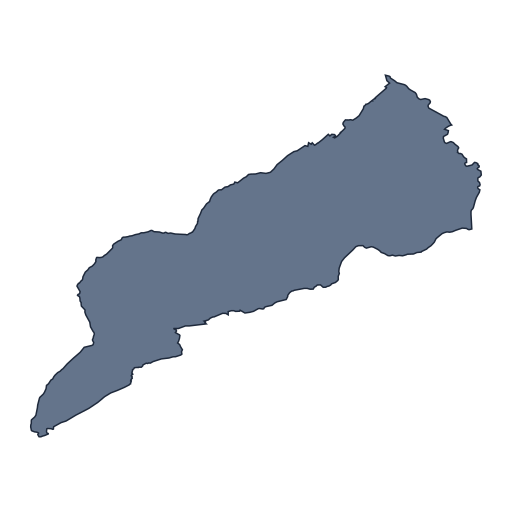 outline of Lazuri De Beius, Bihor, Romania
{"feature_id": "2599482B33228708697979", "entity_name": "Lazuri De Beius", "entity_type": "district", "adm_level": 2, "iso_a3": "ROU", "parent_name": "Romania", "parent_adm1": "Bihor", "projection": "natural_earth1", "projection_center": [22.328, 46.561], "detail": "fine", "context": "isolated", "style": "filled", "palette": "slate", "viewbox_px": 512, "rotation_deg": 0, "n_neighbors": 0, "source": "geoboundaries", "source_scale": "gbopen_adm2", "svg_char_len": 5998}
<svg xmlns="http://www.w3.org/2000/svg" viewBox="0 0 512 512"><path d="M53.7,426.7L61.1,422.6L66.1,421.0L75.9,415.1L88.8,408.4L97.9,402.3L104.7,396.6L110.8,392.9L117.4,390.4L124.5,387.3L129.3,384.8L129.9,384.1L130.6,383.8L130.5,383.3L131.2,381.6L130.6,381.0L130.7,380.6L131.2,380.4L131.3,380.2L131.0,379.8L131.2,379.3L132.2,378.4L131.9,377.7L132.2,377.2L132.1,376.6L131.3,375.9L131.6,375.7L131.9,374.8L132.4,374.5L131.9,374.2L131.9,373.9L132.5,373.7L131.9,372.6L132.2,371.9L132.2,371.3L132.6,370.7L132.5,369.8L133.8,368.8L134.4,367.7L137.4,367.4L138.1,367.6L138.6,367.2L141.4,367.2L142.7,365.9L143.0,364.9L146.2,363.2L147.6,363.5L148.5,363.0L150.4,363.1L153.0,361.6L161.4,358.9L169.0,358.0L173.0,356.8L175.6,356.7L180.8,355.0L181.9,354.1L181.5,351.8L182.4,349.7L180.6,346.8L179.6,344.5L177.6,343.0L178.6,341.2L179.5,338.2L179.9,335.4L179.4,334.8L175.4,332.6L176.5,331.0L176.3,330.1L173.4,328.5L178.4,328.5L185.5,325.9L189.4,325.9L206.2,323.9L204.9,322.8L205.5,322.1L204.1,321.1L208.4,319.9L210.2,318.2L212.7,317.0L214.1,316.9L222.6,313.3L225.8,313.4L228.2,314.8L228.2,311.6L231.3,310.7L233.9,310.7L235.5,311.4L239.7,311.2L240.1,310.2L244.9,313.0L249.8,312.3L253.6,311.3L258.2,308.7L259.4,308.5L262.6,309.0L263.7,308.8L264.5,307.4L265.7,306.7L272.0,305.3L274.6,303.1L277.0,301.8L286.2,299.5L287.7,296.6L287.7,295.4L289.6,292.7L291.7,291.1L293.1,290.9L294.2,290.3L304.2,288.4L307.2,288.4L310.1,289.2L313.2,289.1L314.4,287.1L315.8,286.4L317.3,285.0L320.5,284.9L323.2,287.3L325.8,287.2L326.9,286.5L329.0,286.0L330.7,285.0L331.6,283.8L335.4,282.5L337.8,280.5L338.3,279.5L338.2,276.3L339.3,273.5L338.8,271.5L339.2,268.1L341.6,261.5L344.5,257.8L352.9,249.9L355.8,246.7L358.3,245.7L362.9,245.6L364.7,247.3L366.4,248.1L371.3,246.7L373.3,247.1L377.8,249.4L379.6,250.7L381.2,252.4L384.6,253.6L387.9,255.6L389.9,255.8L392.4,255.1L395.3,256.0L399.1,255.4L402.6,255.8L406.1,254.8L407.4,254.2L413.5,254.0L416.9,252.5L421.2,252.1L421.6,251.5L426.6,249.1L428.2,247.6L431.0,245.7L433.4,243.2L434.4,242.0L435.9,238.9L436.8,238.0L442.1,233.6L444.2,232.7L446.9,231.9L449.7,232.2L452.4,231.7L455.7,230.3L462.2,228.1L466.5,228.4L467.7,229.2L469.0,229.7L471.8,229.0L471.0,214.5L471.0,211.4L471.5,210.0L472.8,208.7L473.4,207.5L475.2,200.8L476.4,197.5L479.3,192.3L479.9,189.8L478.4,188.9L477.7,187.9L477.7,186.9L478.5,186.2L479.6,186.0L480.1,184.8L479.5,182.5L477.9,181.0L477.8,178.5L478.2,177.6L479.8,176.9L481.3,175.0L480.9,171.2L478.0,169.7L477.2,168.8L478.1,167.6L479.2,166.9L479.1,165.8L477.7,164.7L478.0,164.1L477.6,163.5L475.9,162.6L474.5,162.4L472.0,165.0L466.8,166.3L465.8,165.8L465.0,164.6L464.7,163.8L465.3,162.8L466.6,162.5L466.5,158.9L464.6,157.7L463.5,156.6L462.0,154.2L460.4,153.5L459.0,153.5L457.5,152.3L457.8,151.9L457.5,150.7L457.9,149.2L458.7,147.9L458.0,146.6L454.8,144.1L453.4,142.6L451.3,141.7L450.4,141.7L446.6,143.4L445.2,142.9L444.4,142.0L443.3,138.2L443.5,136.5L447.5,134.3L448.1,132.6L448.4,130.6L444.5,129.3L445.4,128.3L447.9,126.6L449.7,125.6L451.7,125.0L450.8,124.1L446.8,117.5L445.2,116.6L443.8,116.3L428.8,108.1L428.0,106.1L428.3,104.9L430.1,102.9L430.4,101.7L429.7,100.2L428.7,99.6L425.1,98.6L420.7,99.5L419.2,99.0L417.3,97.3L416.4,94.2L415.2,92.6L410.7,90.1L408.7,88.7L406.8,86.3L405.5,85.2L404.2,84.6L396.9,82.7L394.8,80.9L390.8,78.3L390.3,77.8L390.0,76.6L389.0,76.1L385.4,75.2L386.9,80.7L389.6,83.1L385.1,86.7L386.5,87.6L386.2,88.3L376.1,97.0L375.0,98.1L375.3,98.5L374.9,98.8L374.3,98.8L371.6,100.9L371.8,101.0L371.3,101.1L368.4,103.5L366.3,104.4L366.0,104.2L364.8,105.7L364.0,106.1L363.3,108.8L359.1,115.7L356.3,118.0L352.8,120.2L350.6,119.7L348.5,120.0L345.4,119.9L343.3,122.4L342.9,124.0L344.0,126.0L345.1,127.1L344.9,128.4L342.2,131.1L340.4,132.5L340.7,132.8L337.3,136.3L334.7,137.9L333.5,137.3L335.7,136.0L334.6,134.6L331.8,134.3L329.9,135.9L328.3,134.3L322.4,139.6L318.0,143.1L317.7,143.0L315.6,144.7L314.5,145.2L312.2,142.8L311.2,144.2L308.6,142.7L307.8,146.4L305.0,145.6L297.2,150.8L293.9,151.6L287.5,155.7L282.1,160.6L277.1,164.6L274.0,168.9L270.4,172.3L266.0,173.4L260.5,172.7L255.5,174.0L250.9,174.1L248.5,174.5L246.2,176.8L243.6,178.1L237.7,182.8L234.8,182.1L234.5,182.9L233.7,184.1L230.4,184.9L228.0,186.6L225.0,187.1L221.5,189.8L218.9,189.9L218.1,190.3L216.4,192.0L214.2,193.4L213.3,194.2L211.4,196.8L210.4,198.9L209.6,201.5L206.5,203.9L203.6,208.2L201.8,210.0L200.5,213.5L198.1,218.5L197.9,221.4L197.6,221.5L197.5,223.4L195.6,226.4L194.9,228.6L192.4,232.2L191.7,232.3L190.5,233.2L189.5,233.3L187.9,234.6L186.7,234.8L185.6,234.5L175.1,234.0L170.7,233.0L168.0,233.4L165.8,232.3L165.1,232.4L164.1,233.0L162.7,233.1L159.4,232.0L154.1,231.7L152.0,230.5L151.1,230.4L148.2,231.8L143.7,232.8L141.2,232.8L139.0,233.9L135.4,234.6L132.0,235.8L129.5,236.1L128.2,236.6L125.3,237.1L123.1,237.2L122.1,237.9L121.5,239.3L120.9,240.0L118.1,241.2L113.7,244.1L112.6,245.6L112.7,247.5L112.5,248.2L106.5,254.2L104.3,255.5L103.0,256.8L101.8,257.3L99.8,257.6L96.9,257.4L96.5,257.8L95.8,259.9L95.9,261.6L94.4,263.9L92.3,266.1L89.3,267.7L87.9,269.8L85.3,272.1L83.0,276.7L82.6,279.2L82.2,280.0L81.0,281.0L79.3,283.2L78.5,283.3L77.2,285.3L77.0,286.2L80.1,291.6L79.7,293.4L79.1,294.0L78.1,294.4L77.5,295.2L78.0,295.8L79.4,296.5L79.9,298.2L80.1,301.0L81.2,302.7L81.1,303.8L81.4,306.1L84.9,309.8L85.0,310.2L84.9,312.1L85.8,314.9L89.8,322.2L90.5,326.8L93.2,331.6L93.8,332.2L94.2,333.2L94.3,334.3L93.5,336.4L93.1,338.4L92.5,339.5L92.6,340.6L93.7,342.3L93.2,344.6L92.0,345.4L84.2,347.3L80.2,352.3L73.7,357.9L67.1,364.0L63.0,368.7L61.6,369.7L60.2,371.2L57.7,372.6L54.9,375.3L53.8,376.8L52.7,379.0L50.9,380.1L48.5,383.8L46.5,385.4L46.1,388.6L44.5,392.2L43.3,394.1L39.8,397.4L39.4,398.4L37.7,405.0L37.4,407.8L35.9,415.2L34.6,417.1L31.5,419.8L31.3,420.6L31.3,423.4L30.8,425.0L30.7,427.0L31.4,430.4L31.8,430.8L34.7,431.9L36.5,432.1L38.2,432.7L38.6,433.1L37.8,434.5L38.3,435.6L39.1,436.8L40.9,436.8L42.5,436.1L44.7,435.5L48.2,434.0L48.2,433.5L47.1,433.1L46.7,432.5L46.5,431.4L46.8,428.8L47.5,428.5L51.1,428.7L52.8,429.3L53.4,429.1L53.5,427.7L53.7,426.7Z" fill="#64748b" stroke="#1e293b" stroke-width="1.5"/></svg>